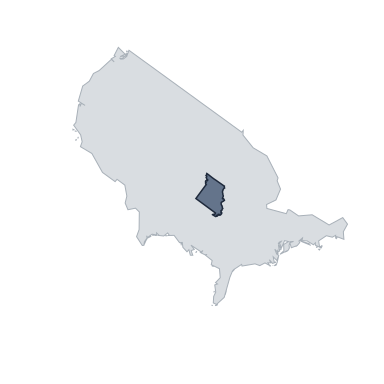 Missouri on a map of United States of America (Robinson projection), rotated 36°
{"feature_id": "USA-3531", "entity_name": "Missouri", "entity_type": "State", "adm_level": 1, "iso_a3": "USA", "parent_name": "United States of America", "parent_adm1": "", "projection": "robinson", "projection_center": [-92.269, 38.302], "detail": "fine", "context": "in_parent", "style": "filled", "palette": "slate", "viewbox_px": 384, "rotation_deg": 36, "n_neighbors": 0, "source": "natural_earth", "source_scale": "10m", "svg_char_len": 6937}
<svg xmlns="http://www.w3.org/2000/svg" viewBox="0 0 384 384"><g transform="rotate(36 192 192)"><path d="M302.6,139.8L322.3,138.1L329.0,124.1L336.7,126.6L337.8,135.2L342.7,141.0L335.3,143.0L335.1,144.6L333.7,142.6L332.1,146.1L326.4,148.4L323.2,157.1L326.8,160.8L329.0,160.4L328.3,158.7L329.1,159.5L329.4,161.3L323.1,162.5L321.7,160.6L321.3,163.3L313.9,163.9L308.6,167.3L309.1,165.3L308.4,164.1L307.3,168.8L308.9,169.6L308.6,173.5L305.1,178.7L301.0,175.5L303.2,172.3L300.6,174.5L301.9,178.1L303.7,180.1L304.1,182.4L299.8,190.7L300.9,185.5L297.0,180.6L299.2,175.4L295.5,176.9L297.2,184.6L293.6,182.3L292.3,182.5L293.3,180.1L293.2,179.4L292.1,181.3L292.1,182.9L297.7,185.9L296.6,187.3L294.0,184.6L293.1,184.1L296.3,187.4L297.6,188.0L296.9,189.9L295.2,188.4L297.9,191.4L297.3,191.8L296.0,190.3L292.6,189.6L296.9,192.4L299.5,192.3L302.5,199.4L299.9,193.9L300.8,197.5L295.8,196.7L299.6,200.3L301.3,199.3L299.2,202.4L294.4,201.3L297.4,203.0L295.0,204.6L297.9,205.8L292.7,206.5L290.1,211.7L285.2,213.1L276.0,222.5L274.7,221.4L271.4,230.1L271.2,232.2L272.8,238.8L280.0,258.3L277.9,268.6L274.4,269.2L270.9,263.7L270.1,259.1L265.0,253.8L266.7,251.4L264.3,251.5L265.2,244.7L259.3,237.9L250.3,239.5L248.6,235.6L239.8,235.2L240.9,233.7L239.3,235.2L235.3,235.9L235.2,232.9L234.6,235.1L222.4,235.6L227.6,237.1L225.8,239.9L229.8,242.7L227.8,244.1L223.4,240.5L223.1,243.3L217.1,242.1L213.8,238.5L211.7,240.3L203.0,237.6L197.9,241.5L199.2,240.4L196.4,239.4L195.0,244.2L189.6,247.3L190.9,246.4L187.4,245.9L188.6,247.5L184.5,249.6L182.8,254.9L181.0,254.1L182.6,255.5L182.8,260.4L184.4,263.4L183.2,264.5L173.4,260.7L171.3,253.5L161.1,239.1L155.8,238.3L150.6,244.0L144.4,240.2L141.7,233.6L133.6,225.9L123.9,225.8L123.7,228.8L108.1,228.8L88.4,219.7L75.1,220.9L73.6,215.9L68.3,211.2L57.0,207.5L57.2,204.0L49.0,188.2L49.4,186.5L51.2,188.6L50.3,185.2L54.6,184.8L46.6,185.3L41.3,170.5L43.8,162.7L42.6,154.0L45.5,148.3L48.8,132.1L52.6,132.5L48.4,131.7L50.3,127.3L48.8,127.4L47.4,118.3L56.9,119.8L54.3,124.6L57.9,121.2L57.1,125.2L54.6,126.2L56.3,126.4L58.3,124.7L59.5,120.6L57.7,114.4L197.1,114.4L197.2,112.0L199.8,116.0L215.5,120.3L231.4,118.8L253.3,130.0L254.3,132.9L261.9,137.6L264.6,149.1L259.7,158.3L262.2,161.3L281.0,154.1L280.1,149.8L281.7,149.0L292.3,148.7L302.6,139.8ZM316.3,165.8L319.5,165.3L308.4,168.0L317.5,164.7L316.3,165.8ZM57.9,118.3L58.8,120.8L58.7,121.2L57.2,119.3L57.9,118.3ZM184.2,262.6L183.0,258.2L183.1,255.8L183.3,258.4L184.2,262.6ZM336.2,143.4L336.2,144.7L335.7,144.4L336.2,143.4ZM213.9,239.8L214.1,240.8L213.2,240.0L213.9,239.8ZM61.2,211.5L62.5,210.9L62.6,211.1L61.2,211.5ZM59.8,211.1L59.2,211.8L58.8,211.2L59.8,211.1ZM326.0,162.7L325.2,163.6L325.0,163.4L326.0,162.7ZM183.9,253.5L183.1,255.5L185.0,251.7L183.9,253.5ZM277.9,251.9L279.3,255.7L277.7,251.5L277.9,251.9ZM67.8,214.7L68.3,215.8L67.7,214.8L67.8,214.7ZM278.5,269.2L277.4,270.4L279.1,267.9L278.5,269.2ZM303.0,201.8L301.9,203.3L302.7,199.7L303.0,201.8ZM56.9,116.2L56.8,116.9L56.3,116.5L56.9,116.2ZM188.6,248.3L186.7,249.2L188.7,248.0L188.6,248.3ZM329.1,163.1L329.1,164.1L328.2,163.9L329.1,163.1ZM67.5,217.6L67.9,218.9L67.3,217.8L67.5,217.6ZM186.2,249.9L185.4,250.4L186.1,249.7L186.2,249.9ZM303.7,184.0L302.5,186.0L303.8,183.3L303.7,184.0ZM197.3,242.3L196.0,243.1L197.8,241.8L197.3,242.3ZM271.7,231.1L271.5,232.7L271.3,231.6L271.7,231.1ZM298.4,206.0L298.0,206.3L299.2,205.2L298.4,206.0ZM253.5,239.2L252.0,240.0L251.4,239.9L253.5,239.2ZM234.7,235.7L234.5,235.9L233.6,235.9L234.7,235.7ZM268.5,259.3L268.7,260.4L268.2,259.0L268.5,259.3ZM230.9,237.9L230.6,238.9L230.6,237.1L230.9,237.9ZM275.1,271.9L274.3,272.0L275.5,271.7L275.1,271.9ZM308.4,174.2L307.8,175.2L308.5,173.8L308.4,174.2ZM300.9,203.6L300.4,204.0L300.9,203.6Z" fill="#d9dde1" stroke="#a8b0b8" stroke-width="1"/><path d="M193.8,170.2L193.7,170.2L193.8,170.0L193.8,169.9L193.8,169.7L193.7,169.6L193.7,169.4L193.5,169.1L193.5,168.9L193.4,168.7L193.2,168.7L193.1,168.3L195.2,168.3L197.6,168.4L200.0,168.5L201.8,168.5L202.4,168.5L204.8,168.4L207.3,168.4L211.3,168.3L213.4,168.3L214.0,168.2L214.6,168.2L214.6,168.3L214.7,168.5L214.8,168.5L215.0,168.7L215.1,168.8L215.3,168.9L215.3,169.0L215.5,169.1L215.6,169.3L215.8,169.6L216.0,169.7L215.9,169.9L215.8,170.1L215.7,170.5L215.7,171.0L215.8,172.1L215.9,172.3L216.0,172.4L216.1,172.5L216.1,172.8L216.1,173.0L216.2,173.3L216.3,173.4L216.4,173.5L216.5,173.9L216.6,174.1L217.9,175.2L218.0,175.3L218.1,175.6L219.4,176.6L219.6,176.7L219.7,176.9L219.8,177.1L219.9,177.3L219.9,177.5L220.0,177.8L220.1,178.0L220.0,178.3L220.1,178.5L220.3,179.2L220.5,179.4L220.7,179.5L220.9,179.4L221.3,179.0L221.5,178.9L221.8,179.1L222.1,179.1L222.3,179.2L222.9,179.5L223.1,179.6L223.2,179.8L223.0,180.1L222.9,180.2L222.9,180.3L222.8,180.5L222.8,180.8L222.8,181.0L222.7,181.2L222.4,181.7L222.2,182.4L221.9,182.8L221.8,183.0L221.9,183.5L222.0,183.8L222.3,184.1L222.5,184.3L222.6,184.5L222.9,184.7L223.0,184.8L223.1,185.0L223.3,185.1L223.5,185.2L223.8,185.4L224.1,185.4L224.3,185.5L224.5,185.6L224.8,186.0L225.3,186.2L225.4,186.3L225.5,186.4L225.7,186.8L225.8,186.9L226.3,187.2L226.5,187.3L226.4,187.4L226.4,187.5L226.5,187.6L226.5,187.8L226.5,188.1L226.6,188.4L226.7,188.6L226.9,188.9L226.9,189.1L226.8,189.4L226.7,189.5L226.5,190.0L226.8,190.1L226.8,190.3L226.9,190.6L227.2,190.9L227.2,191.1L227.2,191.3L227.3,191.4L227.6,191.6L227.8,191.7L227.7,191.4L227.7,191.2L227.8,191.2L228.0,191.2L228.0,191.4L228.1,191.5L228.3,191.7L228.3,191.8L228.5,191.8L228.7,192.0L228.7,192.3L228.7,192.5L228.5,192.8L228.6,193.1L228.6,193.3L228.6,193.5L228.4,193.9L228.3,194.3L228.1,194.5L227.8,194.5L227.7,194.3L227.6,194.2L227.4,194.1L227.3,194.3L227.2,194.5L227.1,194.9L227.1,195.0L226.9,195.2L226.9,195.3L226.7,195.3L226.6,195.2L226.7,194.9L226.7,194.6L226.3,194.6L226.3,194.8L226.4,195.0L226.4,195.3L226.5,195.6L226.5,195.9L226.4,195.9L226.2,196.0L226.1,196.3L226.3,196.4L226.4,196.5L226.2,196.6L225.7,196.6L225.9,197.1L226.1,197.3L225.9,197.5L225.7,197.6L225.5,198.0L222.0,198.3L221.9,198.3L221.9,198.2L222.1,197.8L222.3,197.6L222.5,197.4L222.7,197.2L222.8,197.1L223.0,197.0L223.2,196.9L223.3,196.8L223.3,196.6L223.5,196.5L223.6,196.4L223.6,196.1L223.6,195.9L223.6,195.7L223.4,195.6L223.3,195.4L223.2,195.3L223.2,195.2L199.0,195.0L199.0,190.9L199.1,177.9L199.2,177.7L198.9,177.6L198.7,177.6L198.2,177.4L198.0,177.1L197.9,176.9L197.6,176.6L197.6,176.3L197.7,176.2L197.4,176.1L197.4,175.9L197.1,175.8L197.0,175.7L196.9,175.7L196.8,175.4L196.7,175.3L196.6,175.2L196.6,174.9L196.8,174.9L196.8,174.6L196.9,174.4L197.1,174.3L197.2,174.2L197.3,174.0L197.3,173.9L197.6,173.9L197.8,173.8L197.8,173.7L197.7,173.6L197.8,173.4L197.7,173.3L197.5,173.1L197.4,173.0L197.5,173.0L197.5,172.9L197.4,172.8L197.2,172.8L196.9,173.0L196.7,173.1L196.4,172.9L196.2,172.8L196.1,172.7L195.9,172.5L195.8,172.4L195.3,172.0L195.2,172.0L194.9,171.9L194.9,171.6L195.0,171.5L195.0,171.4L194.8,171.2L194.7,171.0L194.6,170.9L194.7,170.7L194.4,170.5L194.2,170.4L194.1,170.2L193.9,170.2L193.8,170.2Z" fill="#64748b" stroke="#1e293b" stroke-width="1.5"/></g></svg>